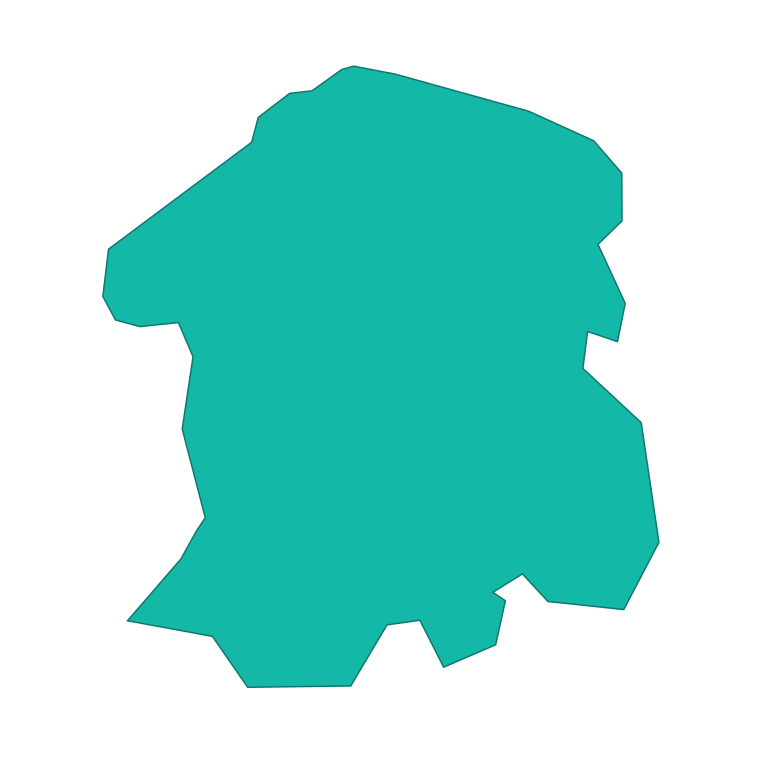 the district of Melut, Upper Nile, South Sudan, rotated 5°
{"feature_id": "79223893B2646445325724", "entity_name": "Melut", "entity_type": "district", "adm_level": 2, "iso_a3": "SSD", "parent_name": "South Sudan", "parent_adm1": "Upper Nile", "projection": "albers", "projection_center": [32.581, 10.371], "detail": "fine", "context": "isolated", "style": "filled", "palette": "teal", "viewbox_px": 768, "rotation_deg": 5, "n_neighbors": 0, "source": "geoboundaries", "source_scale": "gbopen_adm2", "svg_char_len": 678}
<svg xmlns="http://www.w3.org/2000/svg" viewBox="0 0 768 768"><g transform="rotate(5 384 384)"><path d="M642.3,587.8L642.5,587.8L671.7,517.8L643.6,400.1L580.8,351.2L582.2,314.0L612.9,321.4L617.3,282.7L585.0,226.2L606.9,200.8L602.5,153.2L571.8,123.5L504.5,99.7L368.5,74.4L326.1,70.0L314.5,74.4L286.7,98.2L264.7,102.7L235.5,129.4L231.1,154.7L97.8,273.7L96.3,321.3L110.9,343.6L135.8,348.1L173.8,340.7L191.4,373.5L186.9,446.4L217.6,532.8L210.2,546.2L197.0,575.9L149.1,642.2L235.1,650.4L274.6,698.0L377.2,687.7L408.0,623.7L440.3,616.2L468.1,660.9L518.0,634.0L523.8,589.4L510.6,582.0L538.4,561.1L566.3,586.4L642.3,587.8Z" fill="#14b8a6" stroke="#0f766e" stroke-width="1.5"/></g></svg>